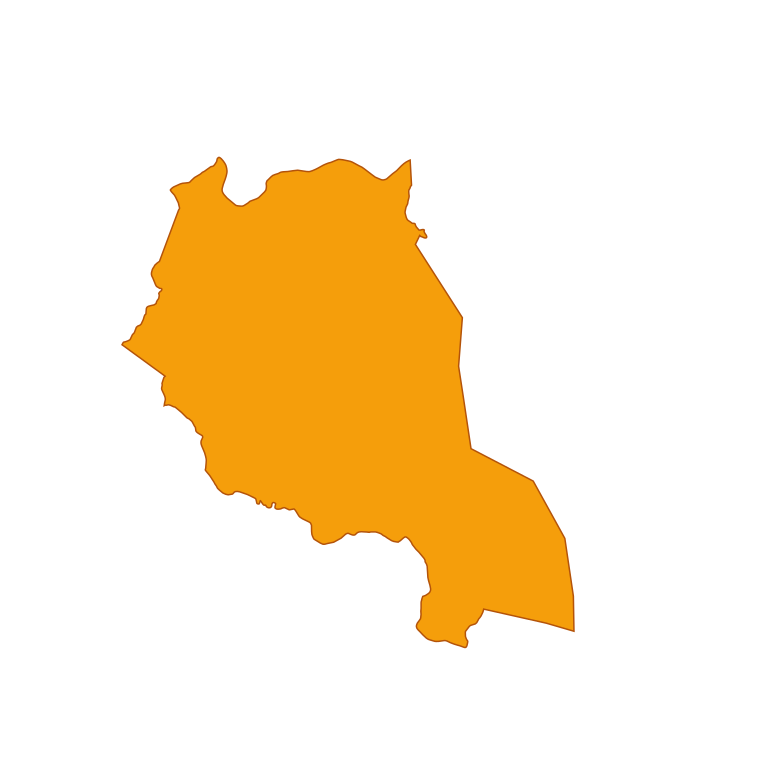 El Corpus, Choluteca, Honduras, rotated 294°
{"feature_id": "27666195B38689641379995", "entity_name": "El Corpus", "entity_type": "district", "adm_level": 2, "iso_a3": "HND", "parent_name": "Honduras", "parent_adm1": "Choluteca", "projection": "albers", "projection_center": [-87.027, 13.288], "detail": "fine", "context": "isolated", "style": "filled", "palette": "amber", "viewbox_px": 768, "rotation_deg": 294, "n_neighbors": 0, "source": "geoboundaries", "source_scale": "gbopen_adm2", "svg_char_len": 6171}
<svg xmlns="http://www.w3.org/2000/svg" viewBox="0 0 768 768"><g transform="rotate(294 384 384)"><path d="M274.8,192.0L275.6,192.6L276.3,194.1L277.2,195.3L277.5,196.1L277.7,198.1L277.6,200.8L277.9,202.4L277.6,203.9L275.7,210.5L273.0,217.6L272.9,218.3L272.8,220.3L271.7,223.8L268.3,228.2L267.7,229.3L264.7,231.2L264.3,231.7L263.8,232.8L263.5,234.0L263.2,236.2L263.0,238.2L262.8,239.1L262.2,239.7L261.4,240.1L257.8,240.1L256.6,240.4L255.5,240.9L254.5,241.6L253.4,242.6L248.3,248.0L245.7,250.2L243.4,251.9L242.0,252.7L239.6,253.6L234.4,255.4L233.1,255.6L232.7,255.8L231.9,257.1L229.5,262.0L228.8,263.1L225.3,268.5L223.8,270.4L222.7,272.3L221.7,273.5L221.0,274.4L220.2,276.6L218.9,281.1L218.9,284.3L219.4,286.7L221.7,290.2L222.3,290.6L224.3,291.2L225.2,291.9L226.2,293.7L226.8,296.0L227.5,304.3L227.2,312.5L227.0,313.2L226.7,313.8L225.3,314.9L223.5,316.2L223.2,316.6L223.1,317.2L223.3,318.1L223.9,318.8L227.0,318.4L227.1,318.5L226.7,319.4L225.1,321.9L224.6,323.0L224.5,323.8L225.0,324.7L225.1,325.2L224.9,325.6L224.3,326.2L224.1,326.7L223.9,327.4L223.9,328.4L224.1,329.2L224.5,330.0L224.9,330.5L225.4,330.8L226.1,331.0L226.8,331.0L228.5,330.5L229.5,330.4L230.4,330.7L230.8,331.3L231.0,332.4L230.7,333.6L230.2,333.8L227.4,334.4L226.9,334.6L226.5,334.9L226.2,335.5L226.1,336.7L226.5,338.1L227.6,340.0L228.1,340.6L229.4,341.7L230.4,343.0L230.6,343.8L230.5,348.5L230.7,349.0L233.1,352.4L233.2,352.9L232.9,353.7L232.1,355.1L228.8,359.9L228.2,361.3L227.7,364.4L227.5,370.8L227.4,372.4L227.1,373.4L225.5,375.2L219.9,377.8L217.3,379.3L215.9,380.6L214.4,382.3L213.8,383.2L213.6,384.6L212.8,390.6L212.8,393.2L213.1,394.1L213.6,395.1L215.2,397.1L219.0,402.4L225.7,407.5L231.2,410.0L232.3,410.9L232.9,411.7L233.1,412.4L233.1,414.6L233.2,416.0L233.4,417.2L233.9,418.2L234.2,418.6L234.7,419.0L236.9,419.9L237.9,420.6L238.8,421.6L239.8,423.3L241.7,428.3L242.5,430.8L243.5,432.1L245.4,436.4L245.7,438.0L245.9,440.6L245.9,442.6L245.3,444.8L245.2,447.2L244.7,449.5L244.0,454.5L244.1,456.8L244.8,459.6L245.3,461.2L245.6,461.5L246.3,461.8L247.4,462.6L251.3,464.4L252.7,465.3L253.1,466.0L253.2,466.9L252.7,469.0L252.2,470.3L251.1,472.3L250.1,473.8L248.9,475.1L248.4,476.0L246.0,480.5L244.6,484.2L241.0,491.5L239.7,493.2L238.3,493.9L236.9,495.9L235.2,497.5L225.1,502.8L222.5,504.7L218.7,507.9L216.0,509.8L214.7,510.4L213.7,510.5L212.6,510.5L211.5,510.2L210.3,509.6L207.7,507.9L205.7,505.8L203.3,506.0L201.4,506.4L200.8,506.4L199.4,506.8L194.2,509.1L191.4,510.1L188.5,511.6L185.4,512.6L184.2,512.8L179.0,511.7L177.1,511.8L175.9,512.1L175.0,512.7L174.1,513.6L173.2,515.3L172.2,517.9L170.7,521.4L170.0,523.4L169.1,526.0L168.8,527.8L168.8,529.0L169.2,532.3L169.6,535.1L170.0,536.3L171.1,538.6L174.2,543.5L174.6,544.6L174.8,546.0L174.7,550.0L174.9,553.7L175.3,557.1L175.7,559.7L176.0,564.1L176.2,565.2L176.7,565.8L177.3,566.1L178.6,566.2L181.7,565.6L182.9,565.2L183.3,564.9L183.8,564.0L184.7,562.8L186.5,561.1L190.0,559.4L190.9,559.1L191.3,559.1L197.2,560.5L198.1,560.9L198.8,561.4L202.0,565.0L203.8,565.8L208.1,566.1L209.6,566.6L211.7,567.0L215.6,567.1L217.4,566.9L218.9,566.6L231.5,629.5L235.4,658.1L267.2,643.3L316.5,612.0L356.0,559.8L360.3,489.8L404.6,461.6L430.6,444.9L476.5,428.6L524.3,355.9L534.2,356.2L533.7,357.6L533.9,359.1L533.9,361.3L534.3,362.6L534.7,363.1L535.2,363.3L536.0,363.1L536.8,362.4L537.2,361.9L538.3,360.0L539.4,358.8L540.1,358.3L540.8,358.3L541.0,358.2L541.2,357.6L541.0,356.8L540.4,355.8L539.3,354.4L539.0,353.7L538.9,353.3L540.6,349.7L541.7,348.3L542.7,347.5L543.0,347.1L543.0,346.7L543.0,346.2L542.3,344.5L543.0,341.1L543.2,339.6L543.7,338.3L545.2,336.6L548.7,333.8L549.4,333.4L550.3,333.1L554.4,332.2L558.2,332.3L561.1,331.5L564.4,331.0L566.0,330.5L568.0,329.3L569.9,328.3L571.2,327.9L571.9,327.9L573.0,328.1L575.2,327.9L576.8,328.3L599.2,316.8L597.9,315.6L595.7,313.9L593.5,312.6L590.5,311.2L584.0,308.8L579.5,306.3L572.6,303.1L571.5,302.2L570.2,300.5L569.7,299.3L569.5,298.0L569.4,291.9L570.3,287.8L572.6,278.2L573.1,275.6L573.2,272.5L573.8,264.9L573.7,262.7L573.2,260.2L572.1,255.2L571.2,252.4L570.8,251.3L569.9,250.2L564.9,245.4L563.2,243.3L561.4,241.5L559.3,239.6L554.4,235.9L552.3,234.2L549.8,231.9L548.0,229.9L547.4,228.9L546.6,226.8L544.2,218.2L541.8,214.1L539.0,209.7L536.8,205.5L535.7,203.8L535.1,203.2L533.4,201.9L530.9,199.1L529.2,197.5L527.2,196.5L523.5,195.1L522.2,194.5L521.1,194.5L519.5,194.7L518.7,195.1L517.2,196.0L516.0,196.5L514.3,197.0L513.0,197.2L510.8,196.7L503.5,193.8L502.7,193.3L501.3,192.2L496.5,187.3L493.8,186.0L490.1,183.5L489.0,182.4L488.4,181.2L487.3,178.0L487.0,176.5L487.0,175.7L490.0,165.1L491.9,160.9L492.7,159.6L493.5,158.6L494.1,158.0L495.0,157.4L496.0,156.9L497.2,156.6L501.0,156.0L506.7,155.6L510.0,155.2L512.9,154.6L514.1,154.2L515.0,153.8L517.1,152.5L519.0,151.0L519.9,150.1L521.0,148.6L522.3,146.5L523.6,143.7L524.0,142.1L524.0,141.4L523.9,141.0L523.1,140.4L522.3,140.1L521.5,140.1L519.9,140.5L518.8,140.6L516.2,140.2L514.2,139.7L513.2,139.0L512.3,137.7L511.7,137.2L505.2,133.4L503.5,132.0L501.1,130.9L495.5,126.9L492.0,125.4L489.3,124.4L488.9,124.1L488.0,122.8L485.4,118.3L483.9,116.5L478.6,111.8L477.2,110.9L475.6,110.2L474.5,109.9L474.0,110.2L472.9,112.2L471.4,115.6L470.1,117.4L465.8,122.5L464.4,123.5L462.0,125.4L461.2,125.8L460.2,125.8L459.4,125.6L404.7,129.0L402.1,127.5L399.3,126.3L397.5,126.2L395.9,125.9L394.6,125.8L392.3,126.1L390.8,126.4L389.5,127.0L388.3,127.9L386.8,129.7L381.7,135.0L380.9,136.1L380.6,136.7L380.2,139.9L380.2,140.6L380.6,141.5L380.6,141.9L380.3,142.5L379.6,142.7L378.6,142.6L376.9,141.7L375.5,141.4L374.9,141.5L374.2,142.2L373.6,142.6L371.0,143.3L369.7,143.3L368.3,142.9L366.8,142.8L365.9,142.8L365.1,143.1L364.8,143.1L362.7,141.7L360.7,139.0L359.1,137.1L358.1,136.4L357.4,136.2L356.3,136.2L351.1,138.0L350.8,137.9L350.1,137.5L348.7,137.4L344.9,137.9L340.0,137.8L338.4,137.1L336.8,135.5L335.1,134.7L329.8,135.0L328.8,134.9L327.3,134.3L326.5,134.1L321.5,134.0L320.8,133.7L319.4,132.6L317.7,130.9L316.2,129.0L315.1,128.8L313.3,128.7L302.1,180.9L300.9,180.4L300.1,180.3L294.7,180.9L294.1,181.0L293.1,181.7L292.2,182.0L289.8,182.5L289.0,182.9L288.1,183.7L284.7,187.6L283.2,189.1L282.1,189.9L281.0,190.5L279.9,190.8L277.3,191.3L274.8,192.0Z" fill="#f59e0b" stroke="#b45309" stroke-width="1.5"/></g></svg>